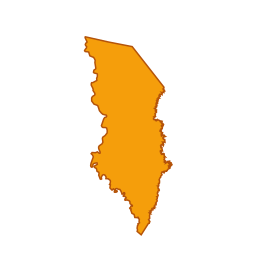 Puerto Guzmán, Putumayo, Colombia (Albers equal-area conic projection), rotated 242°
{"feature_id": "7082276B85477944676343", "entity_name": "Puerto Guzmán", "entity_type": "district", "adm_level": 2, "iso_a3": "COL", "parent_name": "Colombia", "parent_adm1": "Putumayo", "projection": "albers", "projection_center": [-76.142, 0.756], "detail": "fine", "context": "isolated", "style": "filled", "palette": "amber", "viewbox_px": 256, "rotation_deg": 242, "n_neighbors": 0, "source": "geoboundaries", "source_scale": "gbopen_adm2", "svg_char_len": 5786}
<svg xmlns="http://www.w3.org/2000/svg" viewBox="0 0 256 256"><g transform="rotate(242 128 128)"><path d="M32.4,87.5L27.5,89.5L34.2,101.3L33.9,102.0L34.9,103.1L35.5,103.1L35.5,103.4L37.4,103.1L38.0,104.7L40.8,106.0L41.5,106.9L42.0,106.9L41.9,107.2L42.5,107.1L41.9,107.7L42.7,107.6L42.8,108.4L43.3,108.2L43.2,108.7L43.7,108.6L43.8,109.6L44.1,109.3L44.0,109.7L44.5,109.7L44.6,110.8L45.2,111.1L44.6,111.5L45.0,111.6L44.6,111.9L44.7,112.8L45.3,112.9L45.0,113.3L45.6,113.2L45.4,113.8L45.8,113.5L46.2,114.9L46.7,114.8L46.7,115.2L47.6,116.2L47.2,116.8L48.4,117.1L48.2,117.4L49.1,117.9L49.8,119.4L50.6,119.8L51.6,119.7L51.9,120.6L52.8,121.3L53.8,121.2L53.5,121.9L54.5,123.1L55.8,123.0L56.8,123.4L57.1,124.1L57.4,124.0L58.1,124.8L58.3,125.4L58.0,125.9L58.5,126.5L59.6,126.5L59.8,126.2L60.2,126.5L60.5,126.2L61.6,126.7L61.6,126.3L62.4,127.8L62.7,127.5L62.6,128.0L63.8,128.4L64.1,129.1L64.7,129.0L64.7,130.0L66.6,131.1L67.6,131.1L69.1,133.0L69.3,133.9L70.2,134.3L70.7,136.1L72.3,136.2L73.2,137.4L72.9,138.2L72.6,137.6L72.6,138.2L72.1,138.4L72.9,139.3L72.7,139.7L71.9,139.5L72.5,140.4L71.8,141.6L72.3,142.0L72.0,142.6L72.8,143.7L72.9,146.3L73.9,146.7L74.1,147.1L73.6,147.0L74.0,147.3L74.4,146.6L73.9,145.5L74.3,145.5L74.6,146.4L75.5,146.0L75.5,147.3L76.0,147.9L74.6,148.5L74.9,149.6L75.8,149.6L76.1,148.8L77.1,149.7L77.6,149.2L76.5,148.4L76.7,148.2L79.2,149.2L79.2,148.7L77.3,147.4L77.8,147.3L79.4,148.2L79.8,147.9L79.9,147.2L78.9,147.1L79.4,146.3L79.3,144.7L79.7,145.1L80.1,144.7L80.2,145.1L80.8,144.5L80.7,145.5L81.3,145.7L81.8,144.9L82.5,145.3L83.1,144.9L84.0,146.1L85.3,146.1L85.5,147.0L85.2,147.3L86.6,147.0L88.2,147.8L88.4,147.7L88.0,147.4L88.9,145.3L89.4,145.7L89.3,146.3L90.3,145.2L91.1,145.6L90.5,145.8L90.6,146.0L91.5,146.1L92.1,145.8L91.7,145.6L91.9,145.4L92.6,146.0L92.9,145.4L92.5,146.9L92.0,146.4L91.7,147.2L92.0,147.4L91.7,147.7L94.1,148.4L94.7,148.2L95.1,148.5L94.4,148.6L94.6,148.8L95.7,148.4L95.6,148.0L96.9,148.4L96.8,148.9L97.5,149.2L97.6,149.7L97.2,150.0L96.8,149.7L97.2,150.2L96.9,150.7L95.8,150.8L96.6,151.7L97.2,151.5L97.7,151.9L98.0,151.7L97.5,151.3L98.3,151.4L98.3,152.4L99.2,152.1L98.5,153.4L98.9,153.9L98.4,154.1L100.5,155.0L101.0,154.2L101.7,154.0L102.1,154.4L102.5,154.0L103.0,154.2L103.1,155.2L104.0,155.5L103.2,156.0L103.0,156.9L103.6,156.5L104.1,156.7L105.0,156.4L105.3,155.3L105.2,153.8L106.4,154.1L106.7,155.4L107.1,155.2L107.2,155.8L107.7,156.3L107.9,156.0L107.5,155.6L107.6,154.9L108.9,155.6L109.6,155.2L109.8,156.0L110.2,155.9L110.5,155.0L110.9,155.4L110.3,156.0L111.0,156.3L111.0,157.2L111.4,157.4L111.5,156.8L111.8,156.9L111.6,158.1L112.8,158.9L112.7,158.6L113.7,158.4L114.1,158.9L114.2,159.5L113.8,159.9L114.2,160.1L114.5,159.7L114.5,160.5L114.0,160.6L114.5,161.1L115.8,160.7L115.1,160.3L116.0,159.9L116.1,160.3L117.0,160.4L117.8,161.2L118.1,160.4L118.7,160.5L118.9,160.0L118.5,159.5L119.6,159.5L120.8,158.6L121.2,158.1L121.1,157.2L121.8,157.6L121.8,157.0L121.3,156.8L121.7,155.8L122.7,156.0L123.3,154.8L124.0,154.7L124.5,155.3L124.6,154.7L125.2,157.4L125.7,156.9L125.6,157.6L126.2,157.7L126.7,158.4L128.0,158.5L128.6,160.6L129.9,161.1L130.0,160.9L129.3,160.6L130.0,160.1L131.1,160.7L130.9,161.5L132.8,160.7L132.6,161.4L133.1,161.9L132.9,162.3L133.3,162.5L133.3,162.9L133.6,162.8L133.8,163.4L134.1,162.8L134.4,163.7L135.2,163.6L136.2,164.4L136.0,164.9L135.6,164.8L136.3,165.5L136.1,165.8L137.0,166.2L137.1,165.1L138.6,166.8L139.0,166.5L139.1,167.1L138.7,167.3L139.6,167.5L139.0,168.1L139.8,168.4L139.7,169.0L140.2,168.9L139.9,169.6L140.5,169.3L140.9,169.8L140.9,170.7L141.4,170.7L141.0,171.3L141.8,171.5L142.5,171.2L142.9,171.7L142.8,172.0L142.1,172.1L142.3,173.4L141.5,173.7L142.7,174.5L143.6,174.3L142.8,175.2L143.3,176.1L142.8,176.4L143.4,176.6L143.0,176.9L143.4,176.8L143.4,177.5L143.7,177.3L143.7,177.7L144.3,177.9L146.0,177.2L146.1,178.1L146.7,178.3L147.1,178.9L197.9,169.9L213.7,150.4L228.5,133.2L228.5,132.9L227.8,132.5L223.4,132.3L222.8,131.8L222.7,130.6L221.8,129.5L220.7,129.3L219.3,129.7L218.1,128.8L217.5,127.1L216.6,125.9L215.6,126.1L214.0,128.4L213.4,128.9L209.6,128.2L206.6,130.7L205.4,130.9L203.2,130.8L201.3,129.5L195.8,127.6L195.3,127.0L195.1,125.1L193.5,123.7L192.5,123.9L190.4,126.2L189.5,126.1L187.5,124.8L186.7,123.7L184.6,122.8L184.6,118.1L185.1,117.2L184.7,116.6L183.2,115.7L179.7,115.6L178.3,115.3L177.5,114.7L174.6,115.0L173.5,114.8L172.7,114.0L172.5,111.4L171.6,110.0L168.9,108.6L165.0,109.2L162.7,111.3L161.6,111.8L156.7,110.9L153.7,111.5L151.8,112.3L149.5,114.9L148.5,114.8L147.9,113.9L148.2,112.3L147.3,110.7L142.5,105.6L141.1,105.6L140.3,106.0L138.9,108.4L138.0,109.1L135.6,108.5L133.5,107.3L132.1,104.3L131.7,101.3L130.7,100.4L127.3,99.2L126.2,97.6L125.8,94.3L125.0,93.1L123.4,92.4L119.7,92.1L118.9,91.5L119.1,90.8L121.3,89.8L121.5,87.6L123.2,84.8L122.6,83.4L120.7,84.0L118.8,83.8L114.4,79.0L112.6,77.5L111.3,77.1L110.4,77.6L110.3,78.3L110.9,79.2L112.2,79.8L112.7,81.0L112.2,83.4L111.6,84.3L110.3,83.8L110.2,80.9L109.4,79.9L108.3,80.2L107.2,81.1L104.2,80.3L102.7,81.4L101.5,81.1L100.1,80.0L96.0,79.5L95.4,80.0L95.4,80.8L97.2,81.4L98.4,83.4L98.3,84.5L97.5,85.4L95.6,85.7L94.7,85.5L93.7,84.7L92.4,86.7L90.1,87.7L89.2,87.5L87.5,86.3L86.8,85.2L86.1,85.8L83.6,83.9L80.9,84.6L80.6,85.2L81.1,86.0L81.0,86.7L79.4,87.2L78.4,86.1L77.7,85.9L77.3,86.4L76.8,87.9L77.0,88.6L77.6,88.8L78.6,87.7L79.4,87.8L80.1,88.6L79.8,89.8L78.8,90.4L77.5,92.0L75.1,92.1L72.4,91.7L72.1,92.5L72.9,93.9L72.5,94.5L71.8,94.4L71.0,93.8L70.2,91.8L69.8,91.9L69.1,93.1L67.5,93.7L67.0,93.4L66.8,92.1L66.0,91.4L65.4,91.8L64.9,93.4L63.0,95.0L62.3,95.1L60.2,94.3L57.6,95.5L57.0,95.1L57.6,93.9L56.9,93.2L56.5,91.9L55.9,91.8L55.0,92.7L54.1,91.9L50.8,91.4L48.8,92.8L45.8,92.0L44.6,93.9L44.6,94.9L44.0,95.1L43.2,94.7L42.1,95.2L40.3,93.9L38.9,93.7L38.7,91.7L37.8,91.6L37.4,90.6L35.3,89.0L33.6,88.6L32.4,87.5Z" fill="#f59e0b" stroke="#b45309" stroke-width="1.5"/></g></svg>